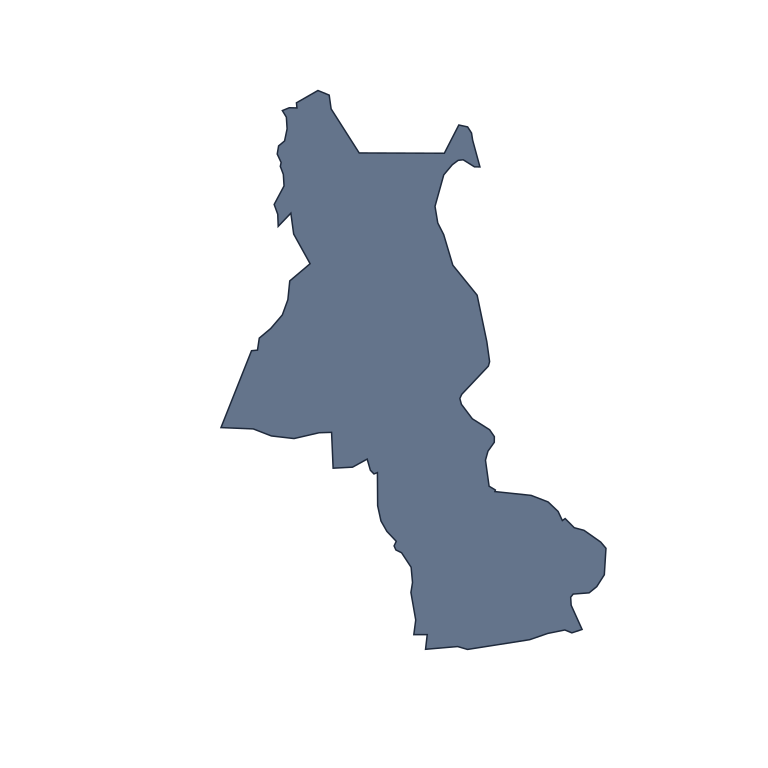 outline of Castleknock Lea-6, Fingal, Ireland, rotated 250°
{"feature_id": "5873133B47957460219787", "entity_name": "Castleknock Lea-6", "entity_type": "district", "adm_level": 2, "iso_a3": "IRL", "parent_name": "Ireland", "parent_adm1": "Fingal", "projection": "orthographic", "projection_center": [-6.404, 53.378], "detail": "fine", "context": "isolated", "style": "filled", "palette": "slate", "viewbox_px": 768, "rotation_deg": 250, "n_neighbors": 0, "source": "geoboundaries", "source_scale": "gbopen_adm2", "svg_char_len": 1486}
<svg xmlns="http://www.w3.org/2000/svg" viewBox="0 0 768 768"><g transform="rotate(250 384 384)"><path d="M601.8,542.9L580.2,519.6L609.6,439.7L660.6,428.4L674.2,431.3L682.4,422.3L678.2,397.9L673.2,396.6L676.0,389.5L675.7,382.0L668.1,383.5L656.9,380.2L646.4,373.7L643.8,366.4L636.6,362.3L627.3,363.1L624.0,361.0L615.4,361.1L604.3,357.8L590.3,342.2L579.8,342.2L568.3,338.5L576.4,354.9L555.8,350.4L522.3,355.7L513.1,330.7L496.1,322.5L483.7,312.1L474.9,296.5L469.8,282.5L459.1,276.7L460.6,270.9L398.8,215.9L386.5,245.8L373.7,260.4L363.5,280.8L360.4,306.3L356.5,318.2L322.3,307.4L316.6,326.0L319.2,342.5L307.6,341.7L302.9,343.8L303.0,347.5L271.8,336.4L256.3,334.3L244.5,336.3L232.0,341.7L228.4,338.1L224.0,338.4L219.4,342.8L202.5,346.8L187.7,342.9L178.9,338.0L151.4,333.1L138.3,326.3L133.7,338.9L120.5,332.3L112.1,363.4L106.0,371.7L93.9,433.5L93.6,452.6L91.0,469.8L85.9,475.4L85.6,486.2L112.1,484.2L119.8,486.5L121.9,489.9L117.6,505.3L120.8,514.6L129.4,525.8L153.7,536.4L161.3,533.6L178.1,521.9L183.9,513.6L195.6,508.2L194.7,504.9L204.7,504.0L217.0,497.9L229.0,484.2L245.0,451.4L246.3,452.4L252.0,447.8L277.7,453.3L285.3,458.7L291.5,467.7L296.8,469.7L304.9,467.6L321.1,455.1L338.4,449.8L344.4,450.3L347.7,453.5L365.1,488.2L368.9,490.9L388.6,495.1L435.6,501.9L472.1,489.3L504.0,491.2L516.9,489.6L533.5,492.7L560.1,511.7L566.7,523.2L568.8,530.2L567.6,535.1L557.1,543.3L555.2,548.4L582.8,550.7L589.9,552.1L597.0,550.5L601.8,542.9Z" fill="#64748b" stroke="#1e293b" stroke-width="1.5"/></g></svg>